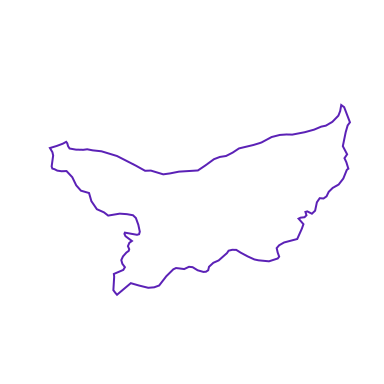 map outline of Moldova (orthographic projection), rotated 102°
{"feature_id": "MDA", "entity_name": "Moldova", "entity_type": "country or territory", "adm_level": 0, "iso_a3": "MDA", "parent_name": "Europe", "parent_adm1": "", "projection": "orthographic", "projection_center": [28.535, 46.964], "detail": "fine", "context": "isolated", "style": "outline", "palette": "violet", "viewbox_px": 384, "rotation_deg": 102, "n_neighbors": 0, "source": "natural_earth", "source_scale": "50m", "svg_char_len": 1900}
<svg xmlns="http://www.w3.org/2000/svg" viewBox="0 0 384 384"><g transform="rotate(102 192 192)"><path d="M75.9,64.1L77.4,60.8L91.0,52.0L94.5,53.6L101.5,54.1L115.8,54.0L122.9,48.1L127.2,49.9L130.8,47.2L136.7,43.9L137.5,44.7L138.3,45.2L147.4,46.8L154.2,50.1L158.7,55.2L163.4,58.3L168.3,59.5L171.0,62.0L171.5,65.8L176.1,67.7L184.7,67.7L188.3,70.2L187.0,75.2L187.9,76.9L191.0,75.2L193.3,76.7L194.5,80.4L195.9,82.2L200.3,76.3L204.9,76.9L216.1,79.3L222.2,91.4L226.0,95.7L229.3,97.5L233.4,95.6L237.1,93.3L239.2,94.3L243.8,102.3L245.0,112.8L245.0,117.0L243.4,124.2L241.2,131.8L239.4,136.7L240.2,140.7L241.8,144.0L244.5,145.1L253.4,151.7L256.8,156.4L261.6,159.8L265.2,159.9L267.1,161.8L267.8,164.2L267.4,170.2L265.4,175.8L265.8,179.4L269.0,183.6L269.4,188.6L269.7,191.8L271.5,194.2L279.7,199.6L290.3,204.7L293.1,209.2L294.8,214.9L294.5,224.5L293.9,232.9L308.1,244.0L306.5,246.1L304.4,248.5L291.1,250.5L288.4,251.4L282.5,243.0L279.5,242.0L276.7,245.2L273.3,247.0L269.3,246.1L264.9,243.6L262.8,241.7L261.0,241.5L258.3,243.4L254.7,242.7L252.4,240.6L249.1,247.8L247.0,249.4L245.7,249.2L245.3,236.9L244.3,235.0L241.7,234.8L235.2,237.7L229.1,241.5L227.0,244.9L227.2,251.0L228.2,258.2L232.5,269.1L230.2,273.9L228.6,281.5L221.9,288.5L214.4,292.5L213.8,300.9L209.6,306.6L202.4,312.2L197.6,319.1L198.8,323.8L199.1,328.2L198.3,331.2L198.1,333.5L196.2,334.6L185.2,335.4L182.1,336.8L178.5,340.1L175.1,333.9L171.6,328.4L169.1,325.5L170.2,324.2L173.0,322.7L174.9,320.8L174.7,314.4L173.3,307.0L172.0,303.4L171.9,297.8L171.0,289.0L172.4,272.8L177.9,252.4L181.0,242.3L179.6,236.7L180.7,223.8L178.4,217.4L174.8,209.0L169.7,190.7L163.2,184.4L155.3,177.3L151.9,172.0L149.7,166.2L145.0,160.4L139.6,155.1L133.3,141.8L130.0,135.8L129.0,134.2L121.7,125.6L117.9,117.9L116.1,111.6L115.0,105.8L110.1,94.2L105.6,85.5L101.2,79.2L99.3,74.9L94.2,69.3L86.9,64.7L82.1,63.9L75.9,64.1Z" fill="none" stroke="#5b21b6" stroke-width="2"/></g></svg>